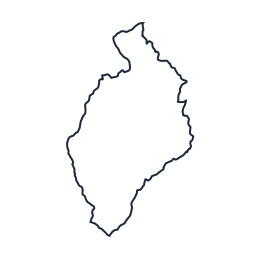 Muong Ang, Điện Biên, Vietnam (Mercator projection), rotated 246°
{"feature_id": "81297802B95485897365368", "entity_name": "Muong Ang", "entity_type": "district", "adm_level": 2, "iso_a3": "VNM", "parent_name": "Vietnam", "parent_adm1": "Điện Biên", "projection": "mercator", "projection_center": [103.259, 21.517], "detail": "fine", "context": "isolated", "style": "outline", "palette": "slate", "viewbox_px": 256, "rotation_deg": 246, "n_neighbors": 0, "source": "geoboundaries", "source_scale": "gbopen_adm2", "svg_char_len": 5791}
<svg xmlns="http://www.w3.org/2000/svg" viewBox="0 0 256 256"><g transform="rotate(246 128 128)"><path d="M85.8,178.3L87.4,178.4L88.6,178.6L89.0,178.8L90.0,179.5L90.4,180.0L90.6,181.4L91.3,182.3L92.0,182.9L93.7,184.1L94.2,184.1L96.2,182.9L97.3,182.5L97.8,182.4L98.2,182.4L101.3,184.2L102.5,185.0L103.5,185.4L103.8,185.5L104.0,185.4L105.6,184.8L107.5,184.8L108.8,185.5L111.2,187.2L111.7,187.4L112.7,187.3L113.8,186.9L114.7,186.9L115.1,186.7L115.6,186.2L115.8,185.8L115.8,185.1L116.2,185.0L116.3,184.9L116.8,184.1L117.1,183.8L117.4,183.7L117.9,183.7L118.6,184.1L120.5,184.5L121.2,184.8L122.0,185.3L123.6,186.6L124.8,187.9L125.8,189.2L129.2,192.1L129.4,192.1L129.5,192.1L129.2,190.1L129.3,189.2L130.1,187.0L130.7,185.6L131.3,184.7L131.7,184.2L131.8,184.2L133.4,185.7L134.0,185.8L135.1,186.1L136.0,186.6L137.4,187.5L138.3,188.4L139.5,189.8L140.1,190.3L140.7,190.7L141.7,191.1L142.7,191.4L143.1,191.7L143.8,192.8L144.9,194.0L145.6,195.1L145.9,197.8L145.9,199.5L146.1,200.0L146.6,200.4L147.0,200.5L148.2,199.4L149.0,198.5L150.1,197.5L151.2,196.9L151.8,196.8L154.8,197.1L155.0,196.9L155.3,196.6L156.3,195.8L156.7,195.5L158.3,195.3L159.4,195.2L160.7,194.9L161.1,194.8L162.7,195.1L163.2,195.0L163.5,195.0L163.7,194.8L164.4,194.1L165.0,193.2L165.6,192.6L165.9,192.5L169.2,192.4L169.7,192.5L170.1,192.1L170.5,191.9L173.0,191.3L173.5,191.0L173.9,190.5L174.7,188.3L175.9,185.5L177.3,183.9L178.0,183.3L178.7,183.3L179.6,183.7L181.4,184.9L182.3,185.8L183.2,186.3L184.7,186.2L185.4,186.1L185.7,185.9L185.9,185.5L186.3,184.1L186.7,184.0L189.2,184.2L190.2,183.8L191.0,183.6L192.1,183.6L193.1,183.7L195.3,184.6L195.9,184.6L198.0,183.4L198.6,182.6L198.6,181.9L198.3,181.1L198.1,180.6L197.4,179.7L197.5,179.5L197.8,179.4L198.5,179.8L200.0,180.4L200.8,180.6L202.1,180.4L204.1,179.6L205.4,179.0L206.2,178.7L206.2,178.9L206.3,179.1L206.9,179.2L207.7,179.4L208.5,179.8L209.5,180.1L210.4,180.7L210.9,181.3L211.3,182.0L212.3,182.1L213.1,182.5L214.0,182.6L216.7,183.5L217.6,183.9L217.7,184.1L217.8,184.3L218.4,182.8L218.6,182.3L218.7,181.7L218.7,179.9L218.5,178.2L217.9,175.7L217.5,174.6L216.8,173.1L216.3,171.4L216.4,170.0L216.3,166.7L216.3,165.9L216.4,165.6L218.2,163.3L218.9,161.7L219.0,161.3L219.0,160.6L218.7,159.4L218.6,158.4L218.6,156.6L218.5,156.2L217.6,154.7L217.2,153.3L217.0,152.2L216.9,151.9L216.4,151.3L214.3,150.6L212.6,150.4L210.9,150.3L209.5,150.3L208.1,150.4L206.1,150.8L205.3,151.1L204.6,151.3L202.8,151.3L199.7,151.4L198.9,151.6L197.4,152.2L196.1,152.5L195.1,152.9L193.7,153.6L192.5,154.7L191.5,155.3L190.4,155.7L188.8,156.1L187.4,156.0L186.3,155.7L184.9,155.2L183.5,154.9L182.6,154.6L180.9,153.5L180.6,153.1L180.4,152.6L180.1,151.4L180.1,150.6L180.3,149.1L180.4,147.9L180.5,147.4L181.0,147.2L182.6,146.8L182.9,146.6L183.0,146.4L182.9,145.3L182.3,143.8L181.8,141.5L181.4,141.0L181.1,140.8L180.4,140.5L180.1,140.3L179.8,139.9L179.6,139.5L179.7,137.8L180.3,135.3L180.5,133.5L180.6,133.2L180.9,133.0L183.1,132.6L184.0,132.2L185.3,131.1L185.6,130.5L185.7,129.6L185.8,127.8L185.9,127.4L186.2,126.7L186.5,126.3L186.5,125.8L186.0,125.6L183.6,125.1L183.0,124.9L182.8,124.7L183.0,124.1L183.5,123.5L183.7,123.1L183.6,122.5L183.2,121.2L183.0,120.9L182.8,120.7L182.4,120.5L181.5,120.4L181.2,120.3L180.4,119.4L180.0,119.2L178.6,118.5L177.2,117.1L176.8,116.5L176.1,112.9L175.5,111.7L175.3,111.4L174.9,111.0L174.3,110.7L173.7,110.3L173.6,110.0L173.5,108.9L173.1,106.3L169.1,103.6L168.6,102.7L168.1,101.2L167.7,99.9L167.6,99.5L167.1,98.7L166.6,98.3L165.5,97.8L161.2,96.3L159.2,95.2L158.6,94.6L157.4,92.3L156.5,91.3L156.1,90.5L155.6,89.9L154.9,89.5L154.5,89.1L154.0,88.2L152.5,87.0L147.8,83.9L144.8,80.5L144.7,80.0L144.7,78.6L144.6,78.0L143.5,75.5L143.3,74.9L143.3,74.4L143.5,73.3L143.5,71.9L143.4,71.2L142.9,69.9L142.5,69.3L139.6,66.7L138.1,65.8L135.3,64.8L134.0,64.6L133.4,64.6L132.7,64.6L130.8,64.2L129.1,63.2L128.1,63.2L126.9,63.6L125.6,63.5L121.6,64.1L120.4,64.1L119.0,63.9L118.2,63.4L117.9,62.8L117.6,62.5L117.3,62.4L116.8,62.3L115.4,62.5L113.8,62.3L112.3,62.4L110.3,61.5L109.6,61.0L108.9,60.9L108.0,61.1L107.7,61.1L107.3,60.6L106.8,60.2L106.4,60.1L103.7,60.1L102.9,60.0L102.3,59.6L101.7,59.4L97.6,59.8L96.4,59.8L95.4,60.0L94.5,60.4L93.1,61.7L92.0,61.8L90.7,61.6L90.0,61.5L86.8,59.8L86.3,59.6L85.7,59.6L85.2,59.8L83.9,60.5L83.0,60.8L82.1,60.8L81.1,60.6L79.8,60.5L77.2,60.8L76.8,60.9L74.3,62.5L72.6,63.3L70.4,64.8L69.4,64.9L68.4,64.5L68.0,64.2L67.8,63.7L67.7,62.9L67.4,62.5L66.4,61.6L65.9,61.2L65.5,60.9L63.2,60.5L62.5,60.4L61.8,60.0L59.8,57.5L57.4,55.5L57.0,56.0L56.2,56.8L55.1,57.7L54.6,58.7L54.3,59.0L52.6,59.7L51.0,60.7L50.6,60.8L49.0,60.7L48.1,61.2L47.3,62.2L46.6,62.8L43.0,64.3L41.5,65.0L40.2,65.3L39.0,65.7L38.1,66.2L37.2,67.1L37.0,67.4L38.0,68.6L39.5,71.6L39.8,72.7L40.1,74.3L40.1,74.7L39.9,75.7L39.4,76.9L39.4,77.1L40.9,79.0L41.8,81.0L42.0,81.7L42.1,82.3L42.1,83.3L42.3,86.0L43.8,88.0L44.5,89.4L45.1,90.3L46.5,93.3L47.7,94.9L48.7,95.7L50.1,96.9L51.9,98.0L52.6,98.6L53.5,99.3L56.8,100.0L57.3,100.2L57.7,100.4L58.7,101.3L61.9,106.3L63.8,108.3L64.2,109.0L65.1,109.7L65.6,110.0L66.6,110.5L67.1,110.8L67.3,111.2L67.2,111.6L67.0,112.8L66.7,113.6L66.7,114.6L67.3,115.8L67.8,116.8L68.3,117.3L68.5,117.6L69.2,119.2L69.4,119.5L69.9,119.8L71.3,120.7L73.7,122.7L74.0,123.0L74.0,123.3L73.9,123.5L72.3,124.4L71.9,124.8L71.9,125.2L72.0,126.6L72.4,127.8L73.1,128.8L73.9,129.7L74.1,130.1L74.3,130.7L74.1,133.2L74.0,135.5L74.2,136.4L75.0,138.7L75.0,139.5L75.7,141.9L75.9,143.6L76.2,143.9L77.4,144.3L77.6,144.8L79.4,146.7L80.2,148.1L80.4,149.6L80.3,150.7L80.4,151.8L80.3,154.5L81.3,156.8L81.4,157.1L79.9,158.5L79.7,158.9L79.8,161.4L80.3,163.6L80.3,164.8L80.4,165.9L80.6,167.0L81.3,169.0L81.9,170.2L82.6,171.3L82.6,171.5L82.0,172.1L82.0,172.4L82.3,172.8L83.0,173.2L83.5,173.7L83.6,174.5L84.2,175.3L84.1,175.5L83.9,175.8L83.9,176.0L84.8,177.3L85.6,178.0L85.8,178.3Z" fill="none" stroke="#1e293b" stroke-width="2"/></g></svg>